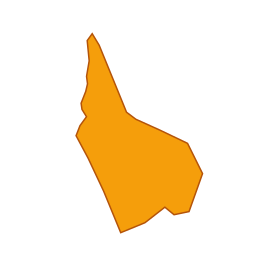 SVG path tracing the border of Amolatar, rotated 67°
{"feature_id": "UGA-3070", "entity_name": "Amolatar", "entity_type": "County", "adm_level": 1, "iso_a3": "UGA", "parent_name": "Uganda", "parent_adm1": "", "projection": "albers", "projection_center": [32.647, 1.635], "detail": "fine", "context": "isolated", "style": "filled", "palette": "amber", "viewbox_px": 256, "rotation_deg": 67, "n_neighbors": 0, "source": "natural_earth", "source_scale": "10m", "svg_char_len": 468}
<svg xmlns="http://www.w3.org/2000/svg" viewBox="0 0 256 256"><g transform="rotate(67 128 128)"><path d="M199.1,77.2L228.8,104.5L225.8,119.5L215.3,125.0L221.8,149.4L221.5,175.6L176.6,175.1L140.3,176.5L114.8,178.8L107.1,171.3L101.4,161.8L92.9,163.1L86.9,161.5L77.8,152.6L71.5,148.0L64.3,146.0L51.0,137.5L31.6,131.4L27.2,124.1L40.5,122.2L92.3,122.9L112.9,123.2L123.1,117.3L142.5,99.4L165.4,79.2L199.1,77.2Z" fill="#f59e0b" stroke="#b45309" stroke-width="1.5"/></g></svg>